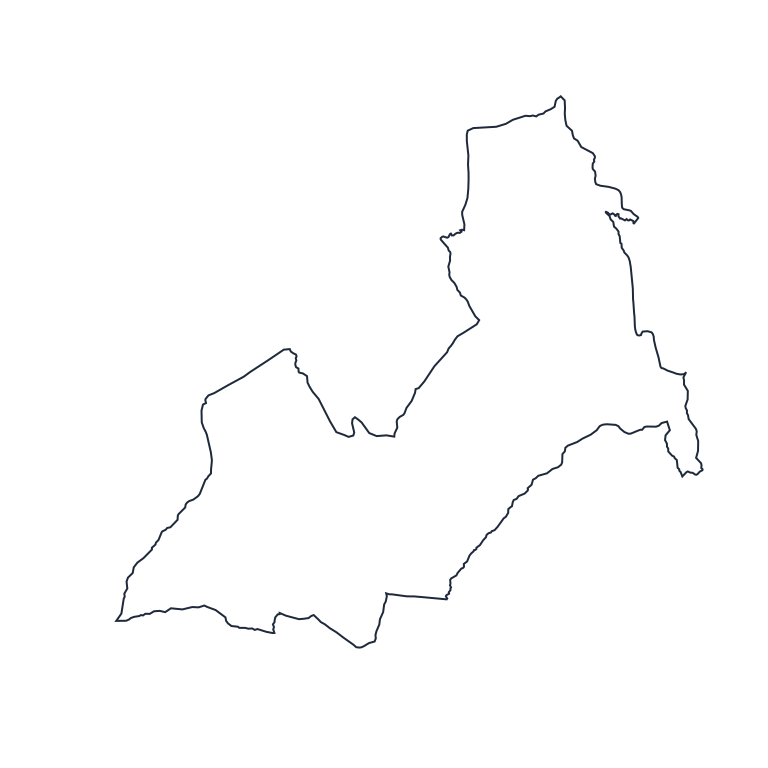 the district of Dimbelenge, Kasaï-Occidental, Democratic Republic of the Congo, rotated 261°
{"feature_id": "63176286B75664078742838", "entity_name": "Dimbelenge", "entity_type": "district", "adm_level": 2, "iso_a3": "COD", "parent_name": "Democratic Republic of the Congo", "parent_adm1": "Kasaï-Occidental", "projection": "orthographic", "projection_center": [22.979, -5.024], "detail": "fine", "context": "isolated", "style": "outline", "palette": "slate", "viewbox_px": 768, "rotation_deg": 261, "n_neighbors": 0, "source": "geoboundaries", "source_scale": "gbopen_adm2", "svg_char_len": 6156}
<svg xmlns="http://www.w3.org/2000/svg" viewBox="0 0 768 768"><g transform="rotate(261 384 384)"><path d="M246.0,664.2L249.6,668.9L250.1,670.4L248.6,672.6L248.0,675.0L246.0,677.0L245.5,678.2L246.0,679.7L248.0,682.1L249.0,685.0L250.0,685.3L251.5,684.2L254.0,684.9L256.1,684.8L262.2,680.7L268.8,683.7L278.5,685.4L284.8,684.5L288.5,685.5L291.0,685.0L301.7,679.4L305.6,679.4L307.8,678.6L310.5,679.1L313.1,678.2L315.2,678.2L321.3,681.5L329.7,683.0L336.5,680.2L340.4,680.9L343.8,680.8L348.4,684.3L346.8,682.2L347.0,678.5L347.6,676.6L348.6,674.0L350.0,671.7L352.7,666.4L355.7,662.3L356.3,660.6L357.8,659.8L367.4,659.3L377.5,658.0L385.3,657.5L388.5,657.8L391.4,657.3L393.2,656.3L394.9,652.6L395.3,647.7L393.9,646.4L392.1,645.4L392.0,643.5L392.6,642.0L393.4,641.5L396.0,640.9L399.1,640.7L401.8,640.8L411.8,642.0L414.8,642.1L425.8,643.1L428.4,643.2L439.4,644.7L461.0,646.0L467.3,645.9L470.5,645.4L473.0,644.3L476.2,642.0L478.3,641.6L481.4,640.1L485.4,640.5L486.3,639.5L493.2,639.9L495.3,639.1L497.8,639.5L501.1,637.8L503.5,635.8L508.2,635.8L511.1,633.6L514.7,633.0L518.2,630.2L518.9,630.1L519.8,629.5L518.3,631.8L516.4,633.1L516.0,634.3L516.8,636.5L515.4,638.0L514.0,638.6L513.7,639.2L514.8,639.8L515.5,641.2L515.0,642.2L512.9,641.8L510.4,643.1L510.6,643.9L507.9,647.6L508.9,649.4L507.4,650.6L507.3,651.7L508.0,652.8L506.0,655.7L503.7,655.6L503.5,656.1L508.2,661.1L509.5,660.6L512.7,657.2L516.4,654.9L517.2,653.3L519.2,648.0L520.9,646.8L524.6,647.0L531.1,647.9L534.1,647.8L536.5,647.3L538.7,646.0L540.7,643.2L543.6,636.6L546.0,628.7L548.2,624.8L550.3,624.3L553.7,624.4L556.6,625.6L560.7,625.7L563.8,623.8L565.5,623.9L569.1,624.7L570.8,626.5L572.6,626.4L574.5,627.7L576.0,627.9L579.3,626.4L587.2,615.9L594.0,613.3L596.8,610.1L600.2,609.4L604.7,609.3L610.5,604.7L616.3,604.4L622.6,604.8L628.4,606.0L635.9,606.8L640.5,603.5L639.7,602.2L638.7,599.8L636.8,598.0L631.1,595.8L629.3,591.5L628.0,586.2L626.2,583.8L625.8,578.7L624.5,576.2L625.9,573.0L625.7,570.1L626.8,565.7L624.8,552.6L621.9,545.1L620.5,535.1L622.8,512.2L621.1,506.3L617.4,504.8L610.8,503.8L596.5,503.1L587.5,501.3L579.0,500.5L572.0,499.4L563.6,497.8L554.6,495.5L548.1,492.3L541.8,488.1L538.5,487.7L529.1,488.4L523.4,487.2L524.2,485.0L523.9,483.3L522.3,484.3L521.4,482.6L521.9,480.1L521.2,478.0L519.9,476.0L520.1,474.3L522.1,473.6L521.9,472.8L519.0,470.6L518.6,469.2L520.4,465.8L520.3,464.5L519.1,462.7L517.8,462.6L508.7,468.4L505.7,468.8L504.0,470.0L502.4,470.1L499.1,469.0L495.6,468.6L489.9,465.9L484.0,466.2L481.6,465.5L479.2,465.7L476.1,466.9L472.8,469.3L468.6,470.9L465.4,471.2L462.4,473.3L459.4,473.7L456.8,477.0L454.7,478.5L452.2,479.6L447.7,480.5L436.5,484.8L432.2,488.0L428.5,485.0L422.4,471.1L419.6,464.0L416.5,460.8L413.5,458.4L411.2,456.1L409.0,453.4L405.5,451.3L393.7,436.6L380.2,424.2L374.5,417.6L374.0,414.4L370.5,413.3L363.0,408.7L356.9,402.5L352.0,399.7L350.5,398.3L349.0,394.3L347.1,391.7L345.1,390.7L338.8,390.3L333.5,386.7L330.4,385.9L332.9,378.4L333.7,368.6L337.9,361.7L349.5,355.9L353.2,352.7L355.7,350.1L354.0,347.4L350.2,346.3L340.7,347.0L337.9,345.6L337.3,340.8L339.9,336.7L343.9,329.4L355.7,324.8L379.5,317.1L387.5,312.3L392.8,310.1L397.3,308.7L403.8,309.2L407.1,305.6L408.5,302.1L409.5,301.6L412.7,301.9L414.3,299.8L416.8,299.4L418.8,299.8L420.9,301.1L423.4,300.9L424.2,301.5L425.1,302.0L426.9,301.6L428.7,299.0L430.7,297.0L433.2,296.4L433.6,290.4L425.6,273.3L416.9,253.9L413.2,246.7L407.1,229.5L401.6,215.0L400.2,208.8L397.1,205.4L396.0,205.0L393.0,205.2L392.0,202.0L386.3,199.6L374.6,198.0L368.9,199.0L364.4,200.5L361.4,201.1L343.7,202.3L335.5,202.1L326.6,199.8L322.7,199.1L320.4,196.1L318.3,194.4L317.3,192.6L304.2,184.8L302.2,182.6L299.7,177.7L298.8,173.2L297.7,171.0L296.1,169.3L293.1,168.3L287.6,160.7L286.1,159.7L282.2,158.9L275.9,150.6L275.7,147.3L274.1,145.4L273.2,142.2L272.5,141.3L265.1,136.8L263.1,134.0L261.1,133.1L258.6,129.1L256.8,128.9L249.7,119.3L246.1,112.4L242.1,108.2L236.6,106.2L232.8,100.8L229.1,98.8L222.2,98.5L217.5,94.7L214.4,94.6L212.8,93.4L198.3,88.7L191.9,82.5L190.5,92.3L191.3,95.4L192.4,97.2L193.1,100.6L193.1,105.9L193.8,107.9L193.1,109.8L194.4,112.3L193.6,116.7L195.5,121.3L195.0,127.0L192.9,132.2L195.8,138.5L192.9,149.6L193.7,159.7L192.4,165.9L193.3,171.9L191.4,174.6L187.1,182.3L178.3,190.9L174.8,191.0L171.9,192.5L168.8,195.5L167.1,201.8L165.8,202.9L164.9,208.6L163.5,211.8L163.2,215.5L161.3,218.0L161.8,220.6L157.6,229.1L155.4,235.2L155.3,236.8L159.0,236.2L161.1,237.3L164.0,236.7L165.9,238.6L167.7,239.0L170.5,240.1L173.1,243.0L173.0,244.9L174.2,245.1L170.5,250.9L165.0,263.3L164.7,268.0L164.6,272.9L166.2,275.7L166.8,278.4L161.8,282.3L158.7,284.4L155.9,288.0L151.2,292.4L146.2,298.2L139.9,304.2L131.2,313.1L128.4,315.4L127.5,318.5L127.5,320.7L128.2,323.1L130.5,328.7L131.1,334.4L134.0,336.1L137.4,336.3L140.9,337.8L147.1,341.7L152.3,343.2L158.9,347.5L166.3,349.7L168.9,351.7L173.9,353.6L176.9,353.4L175.5,356.2L174.9,359.3L170.7,373.3L169.5,380.5L167.4,389.0L161.5,412.2L162.2,412.9L164.7,411.9L165.7,412.7L166.7,415.5L168.2,415.4L170.0,417.4L171.7,417.6L172.6,418.4L174.9,417.7L176.3,418.4L180.1,418.7L181.4,419.8L183.6,425.5L185.9,427.2L189.5,431.4L190.1,433.6L191.0,434.4L193.8,434.7L195.7,438.3L201.3,441.7L203.0,443.6L204.8,446.4L205.8,446.8L205.9,448.4L206.7,449.5L207.9,449.7L209.9,453.6L214.2,457.5L216.8,460.8L218.8,461.6L220.3,463.9L220.6,466.4L221.8,467.4L222.3,470.3L225.3,474.0L232.6,481.2L233.8,483.6L237.3,486.5L241.0,487.2L242.6,489.8L243.3,491.3L247.2,492.7L249.1,494.0L249.8,497.0L252.2,499.4L253.8,505.8L256.2,509.2L257.2,509.7L258.6,509.6L261.4,514.0L266.2,516.2L267.2,519.1L269.2,522.0L270.3,531.0L273.7,537.1L274.6,542.9L276.6,546.4L278.7,547.7L286.9,549.3L289.2,552.1L292.7,553.2L294.4,556.1L296.5,565.8L299.0,571.5L301.6,580.2L305.1,586.9L308.5,590.3L309.1,591.8L309.6,594.1L309.4,597.8L307.4,606.4L305.7,608.9L302.9,610.4L298.9,614.0L296.6,617.7L296.4,620.0L298.3,627.9L298.7,630.4L298.4,631.8L300.8,634.5L300.9,636.9L299.3,646.0L299.8,648.9L302.0,652.1L302.6,657.7L293.6,659.1L289.3,654.1L284.6,652.8L281.0,654.1L277.8,653.7L275.8,654.6L272.9,654.2L268.2,657.3L266.9,659.2L265.3,659.5L263.1,661.3L255.3,660.9L253.7,662.2L251.9,662.2L250.6,663.2L246.0,664.2Z" fill="none" stroke="#1e293b" stroke-width="2"/></g></svg>